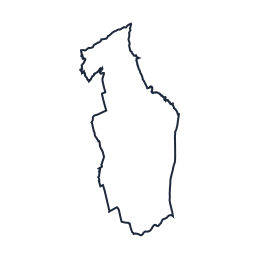 Rediu, Neamt, Romania (Robinson projection), rotated 101°
{"feature_id": "2599482B4557605097369", "entity_name": "Rediu", "entity_type": "district", "adm_level": 2, "iso_a3": "ROU", "parent_name": "Romania", "parent_adm1": "Neamt", "projection": "robinson", "projection_center": [26.525, 46.746], "detail": "fine", "context": "isolated", "style": "outline", "palette": "slate", "viewbox_px": 256, "rotation_deg": 101, "n_neighbors": 0, "source": "geoboundaries", "source_scale": "gbopen_adm2", "svg_char_len": 5597}
<svg xmlns="http://www.w3.org/2000/svg" viewBox="0 0 256 256"><g transform="rotate(101 128 128)"><path d="M212.6,130.6L213.6,130.5L208.6,124.6L207.9,123.7L209.2,122.1L210.7,121.1L217.6,118.1L221.2,116.4L221.2,115.5L221.3,114.9L221.4,112.8L221.0,109.3L221.6,108.9L221.6,108.0L222.3,107.7L222.9,107.5L225.8,106.2L229.5,104.0L230.1,102.6L230.9,102.2L230.2,100.7L230.1,98.8L230.3,96.9L230.9,95.7L230.8,94.9L230.4,94.1L229.7,93.5L227.6,92.6L226.5,91.6L226.2,90.8L226.1,89.6L225.9,88.6L224.6,86.8L223.7,86.2L222.4,85.6L221.0,85.2L219.4,84.5L218.7,84.1L218.2,83.6L217.9,83.0L217.9,82.3L218.0,81.9L218.5,81.5L218.5,80.1L218.4,79.6L214.8,77.4L212.1,76.9L211.4,76.5L210.5,75.6L210.2,74.9L208.9,73.0L206.5,71.5L205.8,70.6L205.4,69.6L205.5,67.8L205.9,67.1L201.6,68.7L200.3,69.4L196.0,71.3L195.0,71.9L192.4,72.8L191.5,73.3L187.6,73.8L183.9,74.7L182.0,74.9L179.0,75.4L174.9,75.8L170.6,76.5L166.5,76.4L160.5,76.0L159.1,76.1L155.3,75.9L152.9,75.5L151.6,75.5L146.2,76.4L132.0,79.3L129.8,79.9L129.6,79.8L127.1,80.4L124.4,80.6L123.2,80.9L122.7,80.9L120.0,80.3L115.5,80.1L111.2,80.4L106.9,80.5L104.6,80.7L104.5,80.8L104.6,81.2L105.1,81.6L102.5,83.1L101.4,84.1L101.2,84.3L101.1,84.7L100.7,85.0L100.0,86.0L99.7,86.8L98.9,86.9L98.0,87.4L97.7,87.8L96.5,88.8L95.7,88.5L95.4,88.7L95.9,89.2L95.9,89.5L96.4,89.6L96.5,90.2L96.4,90.7L96.4,90.9L96.2,91.1L95.7,91.3L95.2,92.1L94.8,91.9L94.6,92.0L94.4,92.7L94.1,92.9L93.9,93.2L93.8,93.7L93.8,93.9L93.6,94.3L93.0,94.4L93.2,95.2L93.6,95.9L93.8,96.0L93.1,96.3L93.1,96.5L93.5,96.7L93.7,97.1L93.4,97.7L93.3,97.8L92.8,97.8L92.7,97.3L91.7,96.9L91.0,96.9L90.7,97.1L91.2,97.5L90.9,98.2L91.2,98.8L91.1,99.0L90.7,99.2L90.7,99.7L90.3,100.0L90.4,100.3L90.0,100.5L89.6,100.9L89.7,101.0L89.8,101.6L89.4,101.7L89.4,102.1L89.3,102.3L88.4,103.1L88.5,103.4L88.3,103.6L88.3,103.8L88.1,104.3L87.9,104.5L87.9,105.1L87.8,105.3L87.6,105.9L87.5,106.7L87.5,107.3L88.0,107.5L87.9,108.1L88.2,108.6L88.1,109.0L88.9,110.2L88.9,110.9L88.8,111.0L88.4,110.8L88.0,110.9L87.8,111.3L87.1,111.5L87.2,111.8L85.4,111.5L85.2,111.5L84.7,111.6L84.2,111.8L84.0,112.2L83.6,112.0L83.3,112.2L82.9,112.7L82.8,113.2L83.0,113.5L82.9,113.7L83.3,114.2L83.9,114.0L85.1,116.1L85.3,116.7L84.8,116.8L79.9,120.5L78.2,121.9L77.7,122.7L77.4,122.9L76.7,123.0L75.5,123.5L73.2,125.0L71.0,126.7L70.4,126.9L69.1,127.6L67.9,128.8L66.3,129.5L65.9,129.8L65.7,129.8L65.7,130.0L64.7,130.5L64.4,130.5L64.1,130.7L64.0,130.9L63.5,131.2L63.1,131.1L61.7,131.8L61.4,131.9L61.2,132.1L60.7,132.1L60.3,132.7L58.9,132.6L58.6,132.8L57.2,130.7L57.0,131.9L56.8,132.1L56.5,133.2L55.5,133.7L55.1,134.1L55.5,134.4L55.8,134.9L55.8,136.1L54.8,136.8L54.2,137.8L53.8,138.0L53.7,138.2L53.5,138.5L52.7,138.8L52.4,139.1L52.1,140.3L51.3,140.6L51.2,140.8L46.7,142.7L45.1,142.4L43.6,143.0L41.4,144.3L40.6,144.5L38.9,144.3L37.1,144.3L35.8,144.7L35.0,144.7L34.2,145.1L32.4,144.5L31.3,144.3L29.8,145.1L27.9,144.8L26.3,144.9L25.6,144.7L25.1,145.0L26.0,146.4L27.5,148.0L28.0,148.4L29.2,148.8L29.7,149.3L29.9,149.9L29.7,151.1L31.4,153.1L32.0,153.5L32.5,154.1L33.0,155.1L33.2,156.4L34.8,158.3L36.1,160.2L36.9,161.0L37.3,161.6L38.3,162.1L40.8,164.1L41.6,165.2L42.9,165.5L44.5,166.4L44.7,167.2L45.7,169.6L45.9,170.8L46.0,171.1L47.5,171.2L49.1,172.4L49.5,172.8L49.9,173.7L50.6,174.4L50.8,174.9L51.7,175.6L52.4,176.7L53.4,177.5L55.0,177.8L55.4,177.9L56.2,179.3L56.8,180.9L56.9,182.1L57.2,182.3L58.0,182.8L58.6,183.5L59.4,184.1L60.1,185.0L60.0,186.4L60.5,188.5L60.6,188.9L61.0,188.9L62.7,188.3L63.0,188.0L63.3,188.0L63.6,187.7L64.4,187.4L66.3,187.6L66.5,187.5L66.5,187.3L66.3,186.7L65.9,186.4L67.4,185.8L67.8,185.8L68.1,186.0L68.8,185.5L68.7,185.1L68.2,184.8L68.5,184.6L68.3,184.2L68.5,183.8L68.2,183.4L68.3,183.2L69.0,183.0L69.3,183.2L69.9,183.1L70.7,183.5L71.4,183.5L72.2,183.9L72.6,183.9L73.6,184.4L74.3,185.0L75.4,185.2L75.5,185.4L76.9,184.8L77.2,184.9L77.8,184.9L78.7,184.2L79.3,184.8L79.7,184.8L80.0,184.6L80.5,184.7L80.5,184.8L79.8,185.5L79.8,185.9L80.0,186.0L80.3,185.8L80.7,185.1L81.1,184.7L80.8,184.7L81.1,184.5L81.1,184.1L81.3,184.0L81.5,184.1L81.7,183.9L82.0,183.9L82.1,183.6L82.6,183.8L82.8,183.7L82.2,183.4L82.7,183.0L82.5,182.7L81.3,182.6L80.8,182.1L81.1,182.0L82.8,180.6L83.4,180.4L84.1,180.6L84.6,180.3L84.8,180.2L84.8,179.9L85.1,179.6L85.5,179.5L86.6,177.9L87.6,177.5L87.8,177.4L88.2,176.8L88.7,176.5L88.9,175.9L89.7,175.3L89.3,175.1L88.9,175.2L88.7,174.9L88.4,174.9L88.6,174.5L87.4,173.7L86.9,173.7L86.4,173.5L85.5,173.4L84.9,173.2L83.9,172.9L83.5,172.0L83.1,171.8L82.2,171.5L81.8,171.7L81.5,171.7L81.2,170.9L80.7,170.8L80.5,170.3L79.7,169.6L79.4,169.0L79.0,168.9L78.7,168.5L76.7,167.5L76.2,167.1L75.6,166.9L75.1,166.9L74.7,166.6L75.2,165.9L75.4,165.3L74.0,164.8L74.7,164.4L75.7,165.0L77.1,165.3L77.3,165.9L77.2,166.2L77.4,166.3L78.2,166.6L78.9,166.3L79.9,165.0L79.8,164.7L79.0,163.7L78.9,163.0L78.6,162.5L78.6,162.2L79.0,162.0L79.6,161.9L81.0,162.2L82.5,162.2L83.5,162.4L84.6,162.5L85.3,162.4L86.6,162.0L91.9,159.7L97.2,157.1L97.4,157.2L98.7,159.5L99.6,160.1L102.3,158.9L107.3,156.6L115.0,152.7L120.4,160.1L121.8,162.6L121.9,163.1L122.5,163.7L123.9,164.4L124.6,164.5L125.4,164.3L126.9,164.1L128.1,164.3L129.6,164.9L130.0,164.4L130.9,163.9L133.3,162.9L137.6,161.0L138.1,160.5L138.8,160.1L141.8,159.0L143.0,158.0L143.8,156.9L144.7,156.4L145.4,155.4L146.7,154.6L146.4,153.9L146.6,153.7L147.4,153.1L149.3,152.6L149.9,152.3L150.9,152.2L153.1,150.8L153.9,150.2L154.0,149.9L156.5,148.1L160.4,146.3L160.8,146.0L168.6,147.0L169.1,147.2L170.0,146.5L170.9,146.2L173.3,148.9L173.7,147.6L175.0,147.8L174.7,147.5L180.9,147.3L181.8,147.8L183.6,146.6L185.3,146.1L185.5,146.5L190.5,144.0L188.8,141.7L194.3,138.8L212.6,130.6Z" fill="none" stroke="#1e293b" stroke-width="2"/></g></svg>